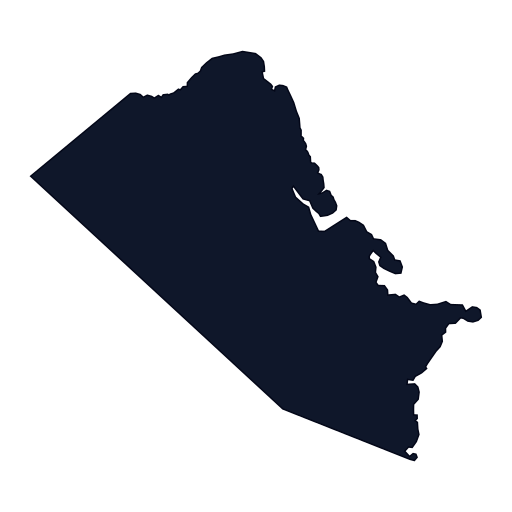 Ngerbau, Ngarchelong, Palau (Mercator projection)
{"feature_id": "81905179B4441268560543", "entity_name": "Ngerbau", "entity_type": "district", "adm_level": 2, "iso_a3": "PLW", "parent_name": "Palau", "parent_adm1": "Ngarchelong", "projection": "mercator", "projection_center": [134.643, 7.703], "detail": "fine", "context": "isolated", "style": "filled", "palette": "ink", "viewbox_px": 512, "rotation_deg": 0, "n_neighbors": 0, "source": "geoboundaries", "source_scale": "gbopen_adm2", "svg_char_len": 2616}
<svg xmlns="http://www.w3.org/2000/svg" viewBox="0 0 512 512"><path d="M409.9,459.3L414.4,460.5L417.1,457.3L415.9,454.2L413.1,453.6L409.6,456.5L404.7,451.2L408.5,447.0L412.2,447.4L416.3,441.6L418.9,434.5L417.8,429.1L417.4,422.3L415.0,420.7L417.2,418.5L417.1,415.1L413.6,414.9L413.5,409.4L413.6,404.3L418.2,399.2L419.1,392.1L417.8,387.0L414.7,383.9L407.0,384.4L407.6,379.4L413.0,380.2L415.2,376.4L421.6,372.8L426.6,368.5L425.5,366.9L427.4,363.6L431.0,358.4L436.0,351.2L440.1,346.7L442.3,341.4L441.7,335.1L445.6,332.1L445.5,328.2L448.8,323.6L455.4,323.2L460.6,317.8L463.4,318.3L467.9,321.1L472.9,321.9L478.1,320.3L481.3,317.3L480.1,310.1L476.7,307.6L472.3,306.9L465.8,311.3L462.4,305.0L450.6,304.6L445.9,301.6L437.4,304.3L430.2,304.8L423.4,302.9L419.2,301.3L416.1,304.3L411.4,303.1L407.2,297.5L404.1,295.1L399.3,297.1L395.4,294.4L387.8,295.1L387.5,290.0L384.4,285.7L378.2,285.5L375.9,282.3L377.9,276.7L375.4,272.5L375.9,267.2L373.7,261.6L369.3,258.7L369.2,256.4L370.3,254.4L373.2,250.5L375.9,253.2L380.8,257.2L378.8,261.9L379.9,265.6L383.9,268.4L389.7,271.2L395.4,273.6L400.9,273.1L402.3,267.0L400.0,260.9L394.7,260.0L393.3,256.0L387.7,250.4L385.5,243.4L380.7,239.8L373.5,238.9L371.5,234.6L366.7,231.8L363.4,225.3L358.9,222.3L355.2,220.7L350.4,220.7L346.6,217.4L324.6,231.4L318.5,231.2L314.9,223.5L310.7,214.6L308.6,207.2L303.2,204.1L295.5,197.2L291.9,188.5L293.4,186.1L300.7,195.8L303.1,198.9L309.7,200.7L312.9,208.2L316.2,211.3L318.9,213.5L320.5,216.3L323.6,215.9L327.5,215.3L332.6,213.0L336.1,209.9L336.7,205.8L335.4,202.3L333.9,199.7L333.1,197.1L331.1,195.3L329.6,191.4L326.5,190.4L322.3,193.0L319.0,193.8L321.6,190.8L324.0,187.6L323.7,183.7L323.1,180.1L322.8,177.1L321.2,174.5L319.5,173.9L317.6,172.8L318.9,169.9L318.7,167.6L317.5,166.1L314.5,163.2L311.6,163.1L310.6,162.1L310.3,156.7L308.9,155.2L307.8,152.2L306.7,150.7L305.5,149.8L306.4,146.3L305.7,143.8L304.4,141.8L303.3,140.5L303.5,138.3L302.4,137.2L301.0,136.0L301.1,134.5L301.1,130.1L299.9,127.8L299.7,124.7L299.2,118.4L296.3,111.2L293.7,102.6L290.5,95.6L287.9,90.2L286.6,87.1L282.9,85.6L279.3,85.2L275.4,87.0L274.6,90.8L271.4,89.4L272.4,86.4L270.7,84.2L263.5,78.6L262.1,71.9L264.5,71.2L264.3,66.7L263.5,61.5L261.0,57.8L255.5,53.6L242.5,51.5L233.2,54.0L224.5,55.2L219.1,56.8L212.2,58.4L206.6,62.8L201.7,67.5L200.4,71.1L198.0,73.3L195.4,74.0L191.7,77.6L187.4,82.6L187.3,86.4L183.1,86.7L180.3,89.9L178.4,89.2L173.7,93.0L170.2,94.1L168.9,95.1L167.7,94.3L163.2,94.8L161.4,97.4L158.4,95.5L154.3,98.1L151.6,96.4L147.3,95.2L143.3,97.3L140.2,94.5L135.7,93.2L130.5,93.5L30.7,176.2L282.8,408.9L409.9,459.3Z" fill="#0f172a" stroke="#020617" stroke-width="1.5"/></svg>